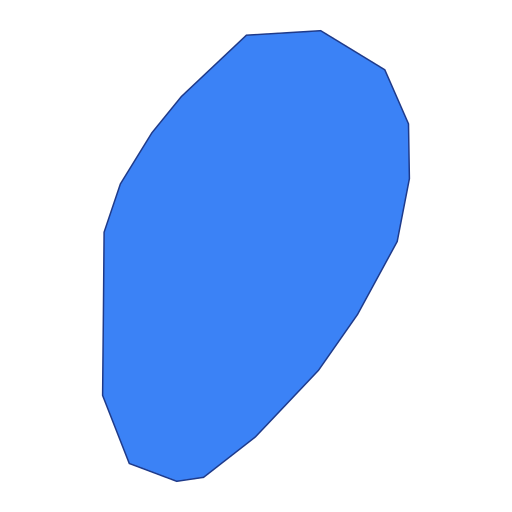 the district of Chongnam, P'yŏngan-namdo, North Korea
{"feature_id": "82179303B42180748236160", "entity_name": "Chongnam", "entity_type": "district", "adm_level": 2, "iso_a3": "PRK", "parent_name": "North Korea", "parent_adm1": "P'yŏngan-namdo", "projection": "albers", "projection_center": [125.451, 39.479], "detail": "fine", "context": "isolated", "style": "filled", "palette": "blue", "viewbox_px": 512, "rotation_deg": 0, "n_neighbors": 0, "source": "geoboundaries", "source_scale": "gbopen_adm2", "svg_char_len": 356}
<svg xmlns="http://www.w3.org/2000/svg" viewBox="0 0 512 512"><path d="M176.7,481.3L203.6,477.3L255.4,436.9L318.5,370.3L357.5,314.5L397.2,241.5L409.4,178.7L408.5,123.9L384.8,69.8L320.7,30.7L246.4,35.2L181.4,96.5L151.9,132.8L120.4,183.9L104.1,232.2L103.4,313.8L102.6,395.4L129.3,463.5L176.7,481.3Z" fill="#3b82f6" stroke="#1e3a8a" stroke-width="1.5"/></svg>